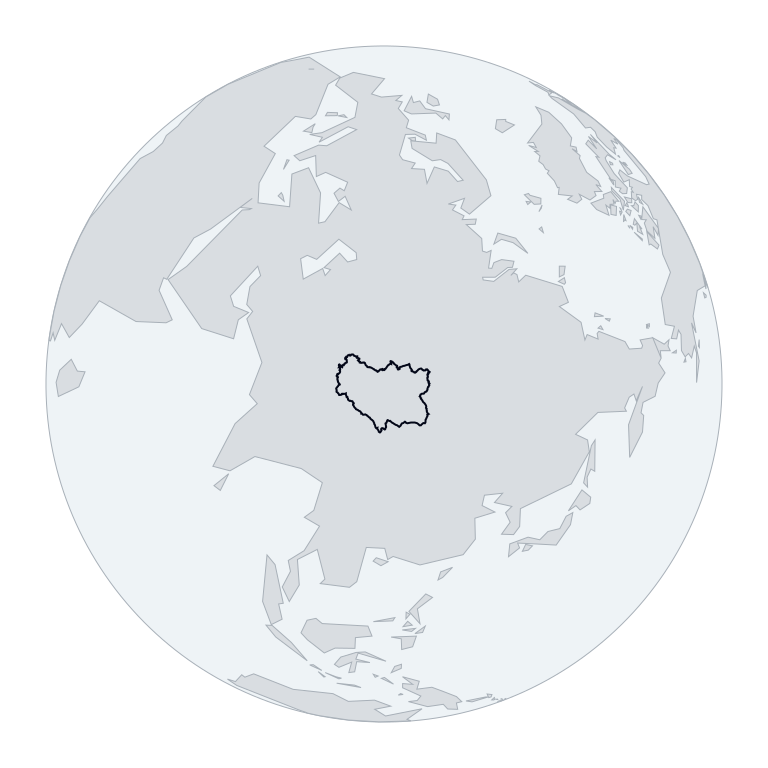 the Earth from above Xinjiang, rotated 54°
{"feature_id": "CHN-1756", "entity_name": "Xinjiang", "entity_type": "Autonomous Region", "adm_level": 1, "iso_a3": "CHN", "parent_name": "China", "parent_adm1": "", "projection": "orthographic", "projection_center": [83.367, 41.753], "detail": "fine", "context": "on_globe", "style": "outline", "palette": "ink", "viewbox_px": 768, "rotation_deg": 54, "n_neighbors": 0, "source": "natural_earth", "source_scale": "10m", "svg_char_len": 17351}
<svg xmlns="http://www.w3.org/2000/svg" viewBox="0 0 768 768"><g transform="rotate(54 384 384)"><circle cx="384" cy="384" r="338" fill="#eef3f6" stroke="#a8b0b8"/><path d="M496.4,65.3L490.0,63.7L484.7,61.6L481.9,61.3L488.4,64.3L493.3,66.5L492.5,75.6L510.8,94.1L526.1,101.5L515.3,99.3L550.6,115.5L566.6,130.3L542.6,112.9L535.7,110.7L543.7,119.8L538.3,119.7L539.0,124.4L531.8,123.7L518.4,114.5L513.5,114.1L519.5,120.7L516.0,124.8L508.0,115.1L501.2,121.5L477.5,109.1L462.0,86.6L443.0,82.3L411.6,66.7L408.6,68.9L394.8,65.6L386.2,67.1L382.8,64.6L378.9,68.2L383.7,70.3L383.5,72.8L378.9,74.2L373.8,70.9L375.4,69.7L371.5,69.5L370.9,67.4L368.5,69.2L362.9,65.5L361.6,71.3L351.3,70.3L349.4,67.3L358.7,64.8L377.1,54.4L378.1,52.0L370.1,50.4L336.1,52.5L333.4,51.7L323.1,52.5L320.4,53.8L327.5,53.8L320.0,57.2L329.6,57.6L327.9,59.3L334.1,61.6L323.4,64.5L309.7,66.4L304.0,64.9L297.7,66.0L295.3,70.5L277.0,71.8L251.7,80.2L248.1,80.7L255.1,74.7L275.1,65.9L284.4,61.2L268.5,67.9L259.6,70.2L254.0,72.4L248.7,74.9L248.2,75.6L243.1,77.6L256.1,71.2L258.4,70.3L261.7,69.0L257.3,70.9L266.6,67.2L269.2,66.2L293.8,58.3L318.8,52.4L344.2,48.4L369.9,46.4L395.6,46.3L421.3,48.1L446.8,52.0L471.9,57.7L496.4,65.3ZM496.4,67.7L489.1,64.5L485.2,62.2L491.9,64.7L496.4,67.7ZM502.9,73.9L497.9,71.9L501.5,71.2L503.2,72.5L502.9,73.9ZM538.2,107.4L533.3,102.9L539.9,107.4L538.2,107.4ZM540.4,125.1L543.5,126.6L542.6,128.5L540.4,125.1ZM339.6,60.0L336.9,60.8L337.1,59.9L339.6,60.0ZM344.8,60.5L347.0,58.9L349.8,58.9L348.4,59.9L344.8,60.5ZM530.7,129.4L528.3,132.3L528.5,127.6L530.7,129.4ZM341.4,62.5L354.5,59.2L359.4,59.4L358.1,63.3L341.4,62.5ZM525.3,132.9L519.5,140.9L526.0,144.6L504.5,139.4L516.5,133.9L515.7,127.4L520.2,131.9L525.3,132.9ZM387.2,70.5L381.9,68.2L390.6,69.0L387.2,70.5ZM392.8,70.4L419.5,70.5L424.9,75.0L414.9,73.8L425.4,79.2L414.9,81.3L406.8,78.8L405.3,75.3L402.4,78.9L392.8,70.4ZM493.6,135.6L490.2,136.5L491.2,133.9L493.6,135.6ZM384.2,73.9L389.1,73.3L394.2,77.1L385.2,79.0L386.5,77.1L384.2,73.9ZM433.3,79.9L435.5,83.4L427.6,85.9L427.3,87.7L415.1,81.8L433.3,79.9ZM383.0,77.0L380.6,80.0L374.0,79.6L379.7,74.8L383.0,77.0ZM399.2,77.3L401.2,79.3L397.2,78.8L399.2,77.3ZM349.3,80.9L355.0,79.5L358.2,81.2L349.3,80.9ZM380.1,81.2L382.4,81.4L384.3,82.1L381.4,84.0L380.1,81.2ZM410.4,84.2L406.6,84.7L415.0,86.7L409.4,89.1L402.3,84.8L403.0,87.7L401.3,88.5L397.4,84.2L410.4,84.2ZM384.1,88.2L373.1,84.4L361.7,86.2L358.6,84.5L377.5,82.0L384.1,88.2ZM392.3,86.2L386.5,87.0L385.6,84.3L388.9,82.1L392.3,86.2ZM408.2,92.4L418.6,89.8L419.8,90.8L408.2,92.4ZM381.0,89.2L383.8,90.1L380.3,89.6L381.0,89.2ZM400.1,91.9L403.6,90.7L404.9,91.9L400.1,91.9ZM386.3,93.2L382.7,91.9L384.8,90.2L386.3,93.2ZM392.7,93.0L393.7,95.0L387.8,90.4L394.1,92.2L392.7,93.0ZM400.7,93.2L402.6,93.6L399.1,93.5L400.7,93.2ZM380.2,100.7L372.3,95.4L377.0,91.5L384.1,97.1L380.2,100.7ZM85.8,542.9L76.6,523.9L74.0,512.8L69.7,497.2L58.3,448.8L60.3,434.0L58.9,421.6L55.0,414.0L54.2,399.0L52.5,392.8L47.1,359.6L49.8,334.1L63.2,278.4L67.2,270.3L75.5,252.5L109.8,238.9L108.6,253.1L126.0,280.8L126.6,287.4L115.4,298.4L121.1,341.3L133.7,336.5L148.0,366.9L163.4,379.4L185.1,356.2L160.0,335.1L164.7,317.9L192.1,323.0L215.4,342.4L218.0,336.4L210.9,313.7L224.0,308.2L209.3,305.1L209.5,313.6L200.3,312.3L199.6,304.5L204.3,302.6L199.4,294.8L178.5,306.8L176.4,316.8L159.0,305.0L153.9,320.9L146.4,322.5L152.3,296.5L157.6,290.3L162.1,256.6L154.8,261.8L150.2,294.4L148.2,288.8L138.4,297.4L144.2,286.5L151.2,250.8L140.7,239.6L113.8,247.5L110.5,240.0L113.9,225.6L137.3,204.1L142.0,223.6L150.4,217.4L161.0,199.9L161.6,207.8L166.5,203.4L169.5,210.5L185.0,209.0L189.8,215.3L206.9,204.3L211.7,206.4L200.1,212.1L194.7,220.0L207.8,236.9L213.5,237.1L223.6,228.9L225.9,235.1L234.1,225.1L247.0,231.3L238.0,215.7L249.6,206.9L263.4,205.5L265.7,200.2L243.2,202.6L235.7,206.3L231.8,213.7L209.9,222.8L203.0,219.4L219.8,200.3L211.9,193.8L228.5,182.8L279.0,181.2L294.5,186.8L296.8,215.0L286.8,218.4L281.1,209.7L276.2,226.2L281.5,220.7L283.4,226.3L295.0,220.4L297.0,224.1L304.8,212.4L308.4,216.3L303.4,223.7L323.7,219.4L334.3,226.2L337.9,223.6L338.9,218.8L351.7,231.3L353.8,228.8L350.4,223.7L352.5,215.7L361.1,206.7L365.1,211.5L362.5,215.4L363.0,231.2L355.6,241.5L358.1,242.6L365.5,234.9L364.8,215.5L368.9,208.8L370.7,217.6L370.3,213.8L373.6,212.1L380.6,215.0L379.3,205.4L409.8,182.5L426.3,186.8L424.4,196.6L449.9,188.3L466.5,195.6L463.4,190.6L473.5,184.4L468.4,181.9L467.7,179.2L491.3,164.1L499.9,165.0L506.5,154.5L504.9,152.2L498.9,150.9L504.5,139.4L526.0,144.6L528.5,149.5L540.2,150.1L544.4,161.6L553.3,171.9L551.1,185.2L558.4,193.0L562.1,192.4L574.8,203.1L587.8,228.4L560.7,210.1L537.9,176.3L545.8,189.8L539.0,187.7L538.8,193.4L544.8,203.4L548.5,203.9L532.7,227.7L537.3,258.6L548.9,252.2L559.5,257.7L574.9,291.2L565.0,346.9L579.0,358.0L582.0,367.7L574.6,377.2L570.0,363.2L559.6,361.3L558.2,352.5L544.8,364.3L542.1,352.2L533.0,368.1L540.0,376.1L552.8,369.5L546.0,389.4L563.2,401.3L568.6,420.3L551.5,461.3L528.9,478.0L528.2,484.2L517.4,480.0L505.8,494.4L527.9,522.2L528.2,531.4L508.0,552.9L507.1,546.5L478.6,535.2L475.1,557.2L496.8,570.7L504.3,588.5L488.4,585.6L480.6,569.8L470.5,565.2L471.9,546.6L461.1,519.7L445.0,526.8L445.0,515.1L427.6,491.9L403.8,500.6L366.8,531.1L363.7,559.6L350.0,570.8L328.5,527.7L325.4,498.1L313.5,499.1L294.8,470.1L250.7,456.7L248.1,447.6L239.0,448.3L226.4,435.2L223.8,420.1L214.5,416.9L222.4,456.5L232.8,460.0L246.6,451.5L246.4,464.1L259.0,479.1L232.0,498.9L172.6,497.3L172.9,474.5L159.9,396.4L163.7,390.6L163.9,389.8L164.1,388.2L156.6,396.6L156.4,381.5L156.7,433.2L154.1,452.0L171.6,498.2L168.5,499.9L176.0,510.9L207.6,517.6L206.4,524.3L187.7,547.9L149.3,565.4L158.1,593.1L161.4,611.3L145.6,609.4L155.1,624.7L148.1,621.6L153.1,628.5L152.1,629.4L149.6,627.4L131.2,608.2L114.4,587.7L99.2,565.8L85.8,542.9ZM88.2,255.4L84.9,259.9L88.2,255.4ZM233.6,377.8L251.7,387.7L254.5,365.7L261.7,367.9L260.0,360.0L254.6,364.1L252.1,343.0L263.9,341.7L267.3,332.9L261.4,329.3L240.3,335.4L243.6,365.2L234.8,370.5L233.6,377.8ZM258.8,70.5L257.5,71.1L251.7,73.7L253.5,72.7L258.8,70.5ZM231.8,85.9L224.2,88.7L230.8,85.6L231.8,84.3L247.0,76.8L247.1,80.6L244.3,79.9L231.8,85.9ZM267.3,68.8L257.7,72.5L268.2,68.4L267.3,68.8ZM190.8,175.1L188.1,180.8L181.4,183.7L175.5,177.7L185.1,173.3L190.8,175.1ZM185.7,188.6L204.0,172.4L208.5,176.2L202.9,176.6L204.0,180.7L195.3,182.8L181.6,203.1L174.8,207.1L167.5,192.6L173.6,194.8L176.0,188.7L185.7,188.6ZM243.1,131.2L251.1,126.2L250.3,140.6L242.9,143.8L236.5,137.5L241.5,130.0L243.1,131.2ZM336.7,70.8L339.8,69.3L341.2,70.0L339.7,71.9L336.7,70.8ZM351.7,80.1L324.6,78.9L326.8,76.9L308.3,79.6L306.8,75.5L318.8,73.7L303.9,73.1L314.2,69.9L303.4,70.3L330.3,66.8L339.0,64.5L329.9,68.4L331.0,72.1L334.0,73.0L349.2,74.1L368.3,71.8L372.5,75.7L370.3,79.1L366.3,80.3L364.9,77.2L360.6,81.0L355.5,77.5L351.7,80.1ZM342.5,126.9L342.5,121.2L333.1,131.5L327.9,126.7L327.2,128.2L319.8,126.8L309.5,128.0L308.5,125.2L305.0,126.9L300.0,126.3L294.8,127.9L291.1,123.7L284.5,125.4L286.5,122.5L276.0,126.7L282.2,121.8L276.4,121.1L273.4,126.2L266.5,103.5L258.8,99.0L249.0,98.3L261.0,91.0L277.9,87.5L295.2,87.5L300.9,93.3L305.3,89.4L309.3,91.2L304.2,93.6L314.5,91.1L316.4,93.3L331.9,95.6L345.6,91.5L351.6,92.6L347.2,95.4L356.3,94.6L352.0,100.7L356.2,101.7L356.2,109.2L345.3,114.5L350.8,115.4L351.1,121.6L342.5,126.9ZM379.8,102.8L367.9,109.4L359.3,110.3L362.9,97.0L359.6,95.2L361.7,87.5L374.2,86.7L372.4,88.8L373.7,90.8L369.3,90.3L373.7,92.2L371.5,95.5L374.4,98.0L369.7,99.3L379.8,102.8ZM133.0,286.6L134.5,290.4L138.2,294.6L132.1,300.5L133.0,286.6ZM137.2,262.2L139.4,264.1L132.6,273.7L131.0,270.1L137.2,262.2ZM146.5,257.5L140.1,263.5L142.6,258.1L146.5,257.5ZM202.8,213.7L205.9,215.6L203.9,218.0L199.5,219.6L202.8,213.7ZM313.4,159.2L314.8,155.1L317.1,155.0L326.0,147.9L330.5,151.3L326.9,156.9L313.4,159.2ZM177.5,357.4L169.6,359.1L168.8,354.6L171.7,354.9L177.5,357.4ZM147.2,329.2L151.3,339.2L145.5,330.7L147.2,329.2ZM319.8,161.7L323.0,158.3L323.3,162.2L319.8,161.7ZM334.3,153.5L335.6,157.4L332.1,150.9L334.3,153.5ZM206.9,632.5L202.7,654.8L189.9,648.3L182.2,638.2L180.2,622.5L193.3,624.5L198.4,618.7L206.9,632.5ZM578.0,606.3L586.2,603.7L585.7,604.9L578.0,606.3ZM569.5,606.2L579.2,602.7L567.6,609.2L569.5,606.2ZM582.9,601.2L592.7,594.9L597.0,591.3L596.0,593.8L582.9,601.2ZM562.8,608.8L525.0,620.3L509.7,621.2L513.6,616.4L538.5,610.9L562.8,608.8ZM512.4,616.6L488.5,610.0L453.5,579.1L466.1,578.3L502.2,594.4L500.0,598.5L514.4,604.7L512.4,616.6ZM568.9,578.8L566.5,590.4L546.0,596.3L536.5,597.4L529.9,585.1L533.6,576.8L541.5,574.8L570.4,539.3L580.9,541.9L572.4,556.2L580.8,562.9L568.9,578.8ZM365.3,562.4L373.9,579.0L366.3,581.3L365.3,562.4ZM580.8,516.1L570.0,532.3L579.4,512.5L580.8,516.1ZM585.5,498.4L586.9,504.3L581.6,500.2L585.5,498.4ZM529.2,493.3L520.9,496.9L520.0,492.4L530.2,485.1L529.2,493.3ZM572.6,436.3L575.0,450.3L574.3,455.5L569.3,448.6L572.6,436.3ZM362.9,190.8L345.5,196.5L336.0,203.9L335.4,212.9L328.8,203.2L343.5,191.7L362.9,190.8ZM403.6,182.7L404.0,175.6L408.8,177.6L409.3,179.5L403.6,182.7ZM400.4,179.2L391.7,172.9L395.2,168.2L401.3,174.1L400.4,179.2ZM355.2,166.1L349.7,167.4L349.6,164.1L355.2,166.1ZM613.9,631.7L614.8,630.8L612.6,632.8L604.4,640.1L604.9,639.4L598.0,644.2L541.3,680.3L530.7,684.1L537.4,679.1L535.6,670.0L539.4,668.9L541.9,659.8L577.6,637.0L604.5,607.3L619.8,599.4L634.2,577.5L648.6,567.9L641.7,582.7L653.5,577.9L669.1,544.1L668.8,562.5L672.3,560.2L671.6,561.4L654.5,586.5L635.2,610.0L613.9,631.7ZM709.1,476.0L709.9,473.0L709.8,473.4L709.1,476.0ZM598.2,598.2L610.2,584.9L616.1,581.0L598.2,598.2ZM709.0,475.3L707.6,478.9L708.1,477.0L709.0,475.3ZM709.8,471.5L710.1,469.8L709.9,472.3L709.8,471.5ZM707.7,473.9L709.0,473.2L707.4,474.9L707.7,473.9ZM706.4,477.1L705.1,478.6L705.3,477.7L706.4,477.1ZM684.6,512.9L690.5,515.6L684.4,523.5L678.0,524.3L670.6,538.4L655.3,550.9L659.6,543.2L658.1,537.6L640.7,547.5L637.3,545.0L643.9,537.3L631.7,541.1L645.2,530.2L650.2,536.8L657.5,523.5L669.1,515.8L679.5,509.1L686.7,507.8L684.6,512.9ZM644.2,552.5L646.4,551.0L644.1,555.3L644.2,552.5ZM702.5,479.0L704.5,479.4L704.0,481.1L702.9,482.5L702.5,479.0ZM688.6,504.0L696.9,485.8L698.5,483.5L692.9,499.6L688.6,504.0ZM695.4,482.8L698.7,479.2L700.1,481.3L699.3,483.6L695.4,482.8ZM616.8,560.4L616.1,563.5L612.5,563.3L616.8,560.4ZM621.7,556.1L632.4,552.7L620.6,559.1L621.7,556.1ZM586.5,563.1L590.0,568.5L601.1,559.1L592.6,569.3L599.6,576.9L596.8,582.1L590.0,573.6L586.7,587.0L581.7,588.9L579.5,579.5L584.8,564.3L589.7,556.7L609.5,545.3L586.5,563.1ZM621.8,547.8L618.8,541.3L621.0,534.6L624.2,537.2L621.8,547.8ZM609.2,525.8L600.3,519.8L592.9,527.0L607.0,506.0L613.4,515.3L609.2,525.8ZM600.4,507.1L593.7,513.8L600.2,502.2L600.4,507.1ZM591.5,511.2L589.9,504.3L595.7,502.9L591.5,511.2ZM604.1,505.7L604.1,492.9L607.7,498.8L604.1,505.7ZM585.5,489.1L599.1,495.8L582.6,497.5L578.4,473.6L585.2,470.2L585.5,489.1ZM600.7,370.4L597.1,363.7L602.2,359.0L603.2,364.9L600.7,370.4ZM615.5,339.4L602.3,355.6L591.2,369.4L596.3,370.7L596.9,384.8L587.3,376.2L592.6,357.5L601.6,349.5L599.7,338.0L604.3,326.8L598.1,314.4L599.0,306.8L607.4,315.8L615.5,339.4ZM595.0,309.4L586.0,286.1L597.1,283.3L601.6,287.7L601.1,299.4L595.2,300.2L595.0,309.4ZM587.1,279.9L581.3,280.6L555.8,252.5L553.3,246.1L578.5,264.8L574.4,266.6L578.7,274.4L587.1,279.9ZM493.0,138.7L490.4,136.7L494.2,137.3L493.0,138.7ZM464.6,178.0L464.3,174.4L468.7,174.9L464.6,178.0ZM465.6,164.8L460.9,166.7L464.3,162.7L465.6,164.8ZM450.5,171.4L458.2,166.4L453.2,174.2L450.5,171.4Z" fill="#d9dde1" stroke="#a8b0b8" stroke-width="1"/><path d="M357.7,420.4L357.3,420.0L356.6,420.1L355.3,420.0L354.8,419.6L354.2,419.6L353.8,419.2L353.0,419.1L352.8,418.8L352.4,418.7L352.0,418.3L351.5,418.0L351.5,417.8L351.6,417.4L351.4,417.2L350.8,417.5L349.6,417.6L349.5,417.4L349.4,416.5L348.7,416.3L348.5,416.0L348.5,415.7L348.9,415.5L348.9,415.2L349.1,415.0L348.9,414.6L349.0,413.7L348.5,412.5L347.6,411.8L347.3,411.7L347.0,411.8L346.9,411.9L346.6,411.9L346.4,410.9L346.2,410.6L345.6,410.5L345.2,410.2L344.4,410.2L344.1,410.6L344.0,410.3L343.8,409.9L343.4,409.9L343.2,409.6L342.6,409.7L342.3,409.4L341.9,409.1L341.9,408.8L342.3,408.8L342.5,408.5L343.1,408.6L343.6,408.2L343.9,408.7L344.3,408.7L344.6,408.4L345.2,408.3L345.4,407.9L345.7,407.8L344.5,406.5L344.5,406.2L345.0,405.6L344.6,405.2L344.8,404.9L344.7,404.8L344.7,404.0L344.3,403.7L344.4,402.4L344.7,401.9L344.7,401.4L344.4,401.1L344.1,401.0L343.9,400.8L342.5,400.0L342.1,400.1L341.6,399.9L341.4,400.2L341.2,400.3L341.3,400.6L341.2,400.7L340.7,400.6L340.1,400.1L339.9,399.4L339.9,398.9L339.7,398.5L339.9,398.2L340.4,398.2L340.5,398.0L340.4,397.8L340.0,397.4L339.9,396.9L339.6,396.5L339.9,395.7L339.9,395.1L340.8,395.0L341.0,394.6L341.3,394.4L341.2,393.7L340.9,393.4L340.9,393.2L341.6,392.2L341.7,391.9L341.9,391.7L342.7,391.5L343.3,391.7L343.6,391.6L345.2,390.4L345.9,390.5L345.6,389.9L345.9,389.4L346.6,389.9L347.2,389.8L347.4,390.0L349.0,389.0L349.3,389.2L349.3,389.9L349.5,390.1L349.4,390.5L349.5,391.1L349.9,391.0L350.5,391.1L350.8,390.8L351.2,390.6L351.7,390.8L352.1,390.4L352.2,390.5L352.3,390.9L352.4,391.0L353.1,390.5L353.6,389.8L353.9,389.5L354.1,388.7L354.6,388.2L354.7,387.6L355.1,387.3L355.8,387.1L356.2,387.4L357.2,387.4L357.9,387.7L358.6,387.6L359.4,387.3L360.5,387.5L361.0,387.1L361.4,386.4L361.8,386.2L361.8,385.8L361.9,385.6L362.6,385.2L363.0,385.0L363.2,384.7L365.7,383.7L366.1,383.4L366.5,383.5L367.5,383.0L368.1,382.9L368.6,382.2L370.3,382.1L370.4,381.8L370.2,381.2L370.5,380.9L370.2,379.7L370.3,379.4L370.1,379.0L370.0,378.5L370.5,377.5L370.9,377.5L371.8,377.2L371.8,376.9L371.1,376.6L371.0,376.4L372.2,375.7L372.7,375.9L372.8,375.8L372.9,375.6L372.8,374.9L372.3,374.5L372.6,373.8L371.7,371.1L371.5,370.7L371.4,370.2L371.2,369.8L371.4,369.2L371.2,367.9L371.5,367.0L371.4,366.7L372.0,366.4L370.9,365.7L369.9,365.8L369.4,365.4L369.4,365.1L370.4,364.4L371.6,364.4L371.8,364.0L372.2,364.1L372.9,363.8L373.5,364.0L376.4,363.1L376.9,362.7L377.3,362.8L377.4,363.0L377.5,363.6L378.1,364.0L379.3,363.5L379.7,363.6L380.3,364.2L380.6,364.1L380.9,363.4L381.0,362.4L380.5,362.1L379.8,362.0L379.6,361.7L379.9,360.5L380.4,359.5L380.7,357.8L381.2,357.0L381.9,354.7L382.5,353.4L382.6,351.9L383.1,351.9L384.6,352.7L386.2,353.2L386.8,353.3L387.6,353.1L388.6,353.2L389.2,353.2L389.6,353.5L389.4,354.0L389.5,354.1L390.2,353.9L391.5,352.8L392.6,352.7L392.8,351.9L393.2,351.8L393.2,351.4L393.2,350.7L392.8,350.1L392.9,349.3L392.5,347.6L392.7,346.3L393.2,345.0L393.5,344.7L394.3,344.6L395.1,344.6L395.5,344.2L396.0,344.2L396.5,343.9L396.6,343.5L397.2,342.8L397.1,342.4L397.3,342.0L397.0,341.6L396.9,341.4L397.5,340.5L397.9,340.5L398.5,340.3L399.6,340.6L399.9,340.5L400.0,340.3L401.1,340.0L401.2,340.3L401.2,340.8L401.4,340.9L401.4,341.1L401.0,341.4L400.9,341.7L401.2,341.9L401.3,342.2L401.9,342.3L402.2,342.6L402.2,342.8L401.8,343.2L402.0,343.5L403.3,343.9L403.7,344.3L404.1,344.3L404.3,344.6L404.4,345.0L404.5,345.4L405.0,345.6L405.4,345.9L405.8,345.9L406.4,346.5L407.1,346.6L407.6,346.2L408.3,346.2L408.5,346.6L408.8,346.9L409.1,347.0L409.2,347.3L409.8,347.3L409.9,347.2L410.0,346.9L410.4,346.9L410.6,347.6L410.9,347.9L411.6,348.1L411.6,348.3L411.9,348.8L412.1,349.0L412.2,349.6L412.4,349.7L412.3,350.1L413.5,351.8L414.2,352.1L414.4,352.6L414.4,352.9L414.8,353.3L414.8,354.1L415.0,354.3L414.6,355.9L414.9,356.6L415.1,356.9L415.2,357.5L414.1,359.1L414.0,360.7L414.5,361.1L414.7,361.8L415.0,362.0L415.1,362.4L415.9,362.2L416.2,362.2L416.7,362.6L417.2,362.6L417.5,362.4L417.9,362.8L420.0,362.6L420.8,362.9L421.8,362.9L423.3,362.5L423.8,362.6L424.7,362.5L426.2,362.7L427.0,363.0L428.0,364.1L428.6,364.1L429.1,364.0L429.9,364.8L430.2,364.8L431.0,365.1L431.5,365.6L433.0,365.9L434.4,365.6L434.2,366.3L434.3,367.1L435.3,367.4L436.2,369.2L437.0,370.4L437.3,371.3L439.5,373.1L439.8,374.0L438.8,375.0L438.7,375.3L438.9,377.7L439.1,378.4L438.5,379.4L438.1,379.6L436.9,379.7L435.1,380.3L433.2,381.8L431.0,384.9L429.5,388.2L428.3,389.0L427.2,389.0L426.8,389.2L426.9,391.4L426.4,392.8L427.5,395.2L427.6,396.9L425.0,397.7L424.0,398.5L421.8,399.4L421.1,399.6L420.3,400.1L419.1,400.4L417.5,400.7L417.4,401.1L416.3,401.9L415.5,402.1L415.3,402.3L415.3,402.5L415.5,402.9L416.8,404.8L416.9,405.3L416.7,405.8L416.8,406.0L418.8,406.9L419.3,407.3L420.0,407.5L420.2,407.8L420.5,408.6L421.3,409.6L421.3,410.0L421.2,410.2L420.7,410.3L419.9,410.8L419.1,410.9L418.6,411.6L418.5,411.8L418.6,412.5L418.9,412.9L419.3,413.1L420.1,413.3L420.9,415.4L420.8,415.8L419.6,416.3L418.5,415.8L416.3,415.8L415.6,415.1L415.3,416.2L414.9,416.3L414.0,416.3L411.8,415.4L410.7,415.4L409.9,414.9L409.3,414.9L407.8,414.5L406.0,414.8L405.4,415.1L404.0,415.4L402.9,415.2L402.1,415.7L400.3,416.0L399.7,416.3L398.8,416.3L398.5,416.6L397.6,417.0L397.4,417.5L397.2,417.8L397.0,418.4L396.4,419.1L395.3,419.1L394.6,419.8L394.3,419.4L393.9,419.2L393.1,419.4L392.5,419.3L391.5,419.6L390.8,420.2L389.7,420.4L387.9,421.5L387.1,421.3L386.4,421.5L385.2,421.6L383.3,421.3L382.8,421.4L382.1,420.9L382.1,420.2L382.0,419.9L381.4,419.7L380.9,419.9L379.4,419.7L379.0,420.0L378.8,420.5L377.7,421.1L377.6,421.6L377.4,421.8L375.5,422.3L374.6,421.7L373.6,421.7L373.0,421.3L372.8,421.5L372.8,421.8L372.5,421.9L372.0,421.5L371.5,421.5L371.0,421.3L370.2,421.1L369.2,420.4L369.1,421.0L368.6,422.0L367.8,422.9L368.0,423.2L367.9,423.5L367.4,423.7L367.2,423.9L367.3,424.5L367.5,424.9L367.5,425.2L366.6,426.7L366.3,426.8L365.7,426.5L365.1,426.4L364.4,426.6L363.8,426.5L362.5,427.0L361.8,426.6L361.2,425.9L359.8,425.5L359.4,425.2L359.1,423.9L358.8,423.3L358.8,422.6L358.2,421.4L358.5,420.3L358.5,420.1L358.2,420.0L357.7,420.4Z" fill="none" stroke="#020617" stroke-width="2"/></g></svg>